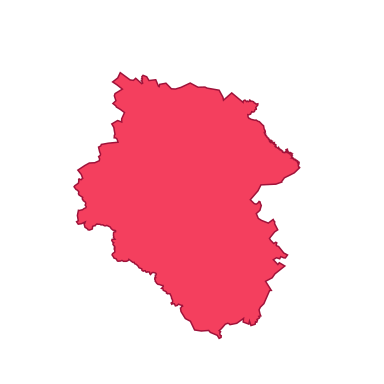 outline of Amajuba, KwaZulu-Natal, South Africa, rotated 306°
{"feature_id": "47623444B66034573524186", "entity_name": "Amajuba", "entity_type": "district", "adm_level": 2, "iso_a3": "ZAF", "parent_name": "South Africa", "parent_adm1": "KwaZulu-Natal", "projection": "equal_earth", "projection_center": [30.451, -27.741], "detail": "fine", "context": "isolated", "style": "filled", "palette": "rose", "viewbox_px": 384, "rotation_deg": 306, "n_neighbors": 0, "source": "geoboundaries", "source_scale": "gbopen_adm2", "svg_char_len": 6031}
<svg xmlns="http://www.w3.org/2000/svg" viewBox="0 0 384 384"><g transform="rotate(306 192 192)"><path d="M250.9,79.6L247.9,79.0L246.3,76.1L246.4,63.8L240.6,64.9L234.4,63.1L234.6,68.6L234.3,75.2L226.4,71.9L224.2,72.6L221.1,76.8L217.1,76.0L216.9,79.7L216.3,80.9L216.7,85.7L216.6,90.7L209.8,92.1L207.3,94.0L206.1,89.8L199.9,87.1L198.3,90.8L195.8,93.3L193.3,95.9L192.3,95.8L190.1,97.2L190.9,98.4L190.7,100.4L188.8,102.9L182.3,95.6L177.2,90.7L175.6,91.1L173.4,90.0L170.2,93.7L169.0,95.7L167.6,96.3L165.8,95.6L164.5,97.8L162.8,98.6L158.5,96.1L155.1,91.9L150.4,89.7L142.6,86.8L141.1,92.1L138.9,95.4L138.7,95.2L137.1,95.3L136.4,94.3L136.4,93.3L136.1,92.9L135.4,93.0L134.5,93.9L132.3,94.9L128.2,93.5L126.9,93.5L125.9,96.6L126.1,98.4L125.6,100.3L123.8,101.2L123.2,102.4L123.4,106.7L122.4,107.0L121.7,107.6L121.6,108.5L121.1,109.0L121.1,111.8L120.0,113.0L118.6,113.2L118.0,115.0L116.9,115.4L115.2,114.4L113.4,113.9L110.5,111.4L110.4,110.9L105.6,113.1L101.9,116.9L100.1,116.1L99.1,118.9L101.4,121.2L105.0,123.2L103.5,123.6L102.9,123.3L100.6,126.1L100.7,129.2L100.3,130.2L101.0,131.5L103.5,133.1L105.8,131.8L107.3,132.8L107.6,133.4L108.2,133.3L110.4,133.9L110.4,134.5L111.8,136.5L111.9,137.7L113.0,139.1L113.2,141.0L114.0,142.2L114.9,142.7L115.6,146.5L114.9,148.0L114.7,150.3L115.8,152.8L115.0,153.5L113.6,152.4L112.9,152.5L110.5,154.1L110.1,154.8L109.2,155.1L108.5,157.4L106.7,155.2L105.6,155.6L104.9,157.3L104.9,158.5L104.2,158.3L103.2,158.8L102.5,160.7L102.7,161.0L102.3,161.7L101.5,162.4L101.0,162.0L100.0,162.8L100.3,163.1L98.1,164.8L95.4,164.0L94.1,164.3L93.3,166.6L92.7,167.5L93.3,170.1L92.4,172.0L92.5,172.8L94.1,174.7L95.3,175.4L95.6,175.9L95.6,177.2L97.3,179.6L98.5,180.4L99.6,180.7L100.4,180.5L100.3,185.4L101.1,186.6L100.6,187.0L100.3,188.0L100.7,189.1L100.5,191.5L99.6,193.7L100.3,196.5L99.2,197.6L99.3,199.1L99.8,199.2L100.8,200.4L100.2,201.4L100.5,202.7L101.2,202.8L102.2,204.7L101.0,206.1L100.8,206.9L103.5,207.2L104.4,208.4L105.0,210.3L104.6,211.4L103.3,211.6L103.1,211.3L101.9,212.1L101.4,213.0L100.6,212.4L99.4,213.3L99.1,214.1L98.1,214.8L97.9,216.0L97.4,216.9L97.3,218.8L98.0,220.0L98.8,222.9L99.3,223.5L98.5,224.4L96.1,224.0L96.6,225.6L95.6,226.5L96.1,229.3L95.8,230.7L95.2,230.8L95.2,232.0L96.0,232.8L96.7,234.1L95.0,237.1L94.2,237.7L93.0,239.9L91.4,241.1L89.9,240.4L89.3,241.6L90.1,241.9L91.2,243.4L90.1,245.5L91.5,246.7L93.3,247.0L94.1,250.0L94.6,250.9L94.0,251.5L93.4,250.9L92.0,251.2L91.3,250.9L88.8,253.4L85.7,261.0L86.5,266.7L81.9,275.2L85.0,281.2L89.8,286.9L89.2,289.3L90.9,296.7L89.5,300.0L91.4,301.0L92.9,300.1L92.7,299.0L94.2,297.3L95.7,297.3L95.8,295.5L98.7,296.1L104.5,296.6L105.2,297.0L106.7,298.0L107.3,299.5L107.0,300.7L112.1,305.4L120.0,308.0L116.9,309.8L118.5,315.6L121.3,314.4L118.6,318.2L122.1,320.8L124.3,319.7L124.7,320.9L126.8,320.3L127.1,319.5L129.3,320.5L130.4,320.4L130.7,319.2L132.2,320.5L133.2,318.8L136.1,315.5L139.1,315.0L143.9,315.8L157.9,312.7L159.0,314.0L163.0,304.0L169.7,307.3L174.5,307.2L186.7,310.6L186.1,304.2L183.8,304.1L185.0,297.6L188.5,299.0L189.5,302.2L191.9,301.8L192.7,305.0L193.5,306.3L197.2,306.3L196.6,302.1L198.8,294.1L198.2,292.0L198.6,291.3L200.7,290.5L200.6,289.3L198.4,288.4L199.1,284.0L200.0,281.9L208.3,282.3L211.8,283.6L214.8,277.6L216.6,276.3L216.5,275.9L217.5,273.8L211.7,272.0L209.9,265.0L209.6,261.2L212.3,256.7L217.1,257.7L221.8,256.0L222.9,254.1L224.0,252.8L223.8,251.8L222.4,251.9L220.2,251.3L219.8,250.9L219.2,249.2L220.0,243.7L231.6,244.7L238.3,243.6L247.7,255.3L252.7,258.7L252.8,258.4L257.8,258.4L267.6,263.5L275.6,264.9L274.9,264.4L275.1,263.7L274.9,263.7L275.9,262.4L277.3,262.1L277.2,261.4L278.4,261.6L278.8,261.3L277.9,260.3L278.4,259.0L278.7,258.9L279.1,259.3L279.1,257.6L278.4,257.2L279.0,256.3L278.5,256.0L278.5,255.7L278.2,255.4L278.9,254.7L278.8,254.4L278.4,254.4L278.6,254.3L278.4,254.0L278.6,253.9L278.3,253.5L278.7,253.3L278.5,253.0L278.9,253.2L279.2,252.8L278.9,252.3L279.7,251.5L279.7,251.0L280.8,251.5L281.4,249.9L281.7,249.5L281.9,249.7L281.8,249.0L281.5,248.8L281.7,248.4L281.4,248.2L280.9,248.6L281.1,247.3L280.6,247.0L280.4,247.2L280.5,246.8L280.2,246.9L280.0,246.3L280.3,246.5L280.5,245.6L281.3,245.8L281.6,244.7L282.1,244.7L282.3,244.0L282.5,243.9L281.5,243.2L281.0,243.9L279.9,244.1L279.8,244.3L278.7,243.7L278.4,243.9L277.9,243.1L277.9,242.3L277.7,242.6L277.5,242.1L277.7,241.4L278.2,241.1L278.0,240.9L278.5,239.8L278.0,239.5L278.2,238.9L277.9,238.4L278.4,238.1L278.3,237.3L278.5,236.8L278.2,236.8L278.8,236.0L278.1,236.1L277.8,235.6L278.0,233.7L277.7,233.6L278.1,233.1L277.7,232.5L278.0,232.2L279.4,232.3L279.5,231.5L278.9,230.5L280.0,229.8L279.6,229.7L279.6,229.1L280.0,229.0L279.7,229.0L279.9,228.8L279.7,228.5L279.1,228.7L279.3,228.5L279.1,228.1L279.3,227.8L279.0,227.9L278.9,226.7L278.3,226.7L278.0,226.3L278.4,226.5L278.7,226.2L278.3,226.2L278.4,225.6L279.0,225.7L279.2,225.3L279.3,225.9L280.1,226.4L280.0,226.0L280.3,225.7L280.0,225.0L279.0,224.6L279.8,223.9L279.8,223.5L279.6,223.4L279.8,222.7L280.3,222.7L280.5,222.4L280.3,220.7L280.5,220.2L281.0,219.9L281.1,218.7L280.9,218.4L281.6,217.4L282.1,217.5L282.0,216.7L282.4,215.7L283.4,216.2L284.2,215.6L284.4,215.2L284.2,214.9L284.8,214.7L285.3,213.4L287.7,210.9L287.7,209.6L288.5,205.1L288.0,203.9L287.9,201.5L287.1,200.9L285.5,197.0L285.4,195.4L285.1,195.0L285.3,194.8L285.3,193.9L286.0,192.9L287.4,191.7L287.7,192.4L289.4,193.6L289.8,193.3L291.3,193.5L292.1,193.1L292.5,193.9L292.5,194.4L293.8,195.2L295.3,194.6L296.7,195.4L297.3,194.9L297.4,194.2L297.8,193.9L301.1,194.1L302.1,193.4L300.8,192.2L301.0,191.3L300.7,189.9L301.2,188.8L300.7,187.0L299.9,186.3L300.4,185.4L300.2,184.6L299.2,185.0L298.1,184.4L298.2,183.5L297.2,183.0L297.5,181.0L297.0,180.4L295.7,180.1L294.5,180.7L295.5,165.9L284.8,163.5L286.8,161.4L290.3,154.1L284.9,143.1L284.5,140.8L280.3,135.3L279.1,126.5L270.2,121.6L265.6,118.1L263.4,114.7L264.7,107.0L260.1,102.6L257.9,103.5L257.8,102.8L261.5,96.7L256.9,91.7L258.6,87.6L257.6,83.8L255.7,83.7L254.9,84.7L254.0,84.7L254.3,85.4L252.8,86.0L252.2,85.7L252.1,86.7L251.1,88.1L250.1,87.7L250.9,79.6Z" fill="#f43f5e" stroke="#9f1239" stroke-width="1.5"/></g></svg>